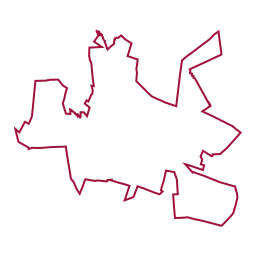 Zumpango, México, Mexico (orthographic projection)
{"feature_id": "50627088B21767491225911", "entity_name": "Zumpango", "entity_type": "district", "adm_level": 2, "iso_a3": "MEX", "parent_name": "Mexico", "parent_adm1": "México", "projection": "orthographic", "projection_center": [-99.071, 19.813], "detail": "fine", "context": "isolated", "style": "outline", "palette": "rose", "viewbox_px": 256, "rotation_deg": 0, "n_neighbors": 0, "source": "geoboundaries", "source_scale": "gbopen_adm2", "svg_char_len": 5591}
<svg xmlns="http://www.w3.org/2000/svg" viewBox="0 0 256 256"><path d="M221.4,54.5L221.4,53.5L220.6,47.6L220.3,45.7L219.8,41.9L218.5,31.5L214.5,34.2L214.3,34.3L213.6,35.0L209.8,39.1L206.9,41.3L201.5,45.3L200.4,46.2L199.2,47.1L196.7,49.0L192.9,51.9L192.6,52.1L191.7,52.8L190.6,53.6L187.7,55.7L186.5,56.6L185.3,57.6L184.1,58.5L183.1,59.5L182.1,60.4L182.1,60.5L181.9,60.7L181.8,61.5L181.5,63.6L181.2,65.8L181.0,67.8L180.5,71.0L180.2,72.9L180.1,73.9L180.1,74.0L179.7,76.9L179.7,77.3L176.2,106.2L174.7,105.7L172.1,104.8L170.2,104.2L169.3,103.9L168.0,103.4L166.6,102.9L165.3,102.6L164.9,102.3L164.3,102.0L163.7,101.8L162.9,101.4L162.1,101.1L161.2,100.6L160.2,100.2L159.0,99.7L157.7,99.1L155.9,98.3L155.8,98.2L151.9,96.5L150.8,95.5L150.0,94.7L149.8,94.5L149.4,94.2L148.1,93.0L142.3,87.1L142.2,87.0L140.4,85.2L139.3,84.2L138.0,82.8L136.3,81.2L136.5,78.6L136.8,74.6L136.9,73.5L136.9,72.4L136.7,71.0L136.5,69.6L136.5,69.1L136.4,68.8L137.1,64.1L137.2,63.2L137.7,59.5L132.9,57.9L130.2,56.9L129.3,56.6L127.6,56.1L131.5,43.4L126.7,40.3L125.5,39.5L125.3,39.4L121.1,35.4L120.5,36.0L119.9,36.5L119.4,36.7L118.9,37.3L118.6,37.7L118.0,37.9L117.6,37.9L117.0,37.8L116.5,37.7L116.3,37.8L115.8,38.1L115.3,38.4L115.0,38.3L114.9,38.4L114.9,39.1L115.0,39.4L114.9,39.4L114.3,39.7L114.2,40.2L114.2,41.1L114.2,42.3L114.0,42.9L114.1,43.6L112.7,45.1L111.9,45.4L107.5,49.5L104.8,42.0L105.0,41.1L104.5,40.7L104.1,40.3L104.0,40.1L103.2,39.0L102.9,37.1L102.3,36.6L102.2,36.3L102.2,36.2L102.0,35.3L102.0,35.1L100.9,35.2L101.5,34.4L101.0,33.9L99.9,34.7L98.9,33.7L99.4,33.4L99.5,32.3L98.7,31.4L97.3,32.2L97.0,31.7L96.6,31.1L96.3,30.3L96.2,30.2L98.1,34.6L98.6,35.5L94.0,41.5L101.8,47.0L89.4,47.6L89.1,56.0L89.2,56.3L89.4,57.3L89.7,58.3L90.0,60.7L91.1,62.0L91.6,66.1L92.1,72.1L92.3,73.5L92.4,75.4L93.8,86.1L91.5,85.7L91.8,87.1L91.9,87.3L92.5,89.3L92.7,91.1L92.2,94.1L91.3,94.6L88.4,101.5L87.7,101.1L86.7,100.3L84.8,103.6L89.6,107.5L87.0,116.2L83.8,112.3L80.6,112.2L80.6,116.9L80.2,117.4L79.1,116.0L79.1,116.6L78.7,116.2L78.1,115.3L77.8,115.7L77.7,115.6L77.6,115.8L77.3,114.8L77.2,114.6L77.0,114.9L76.3,114.2L75.0,113.1L75.3,113.9L75.3,114.0L75.2,113.9L75.1,113.6L74.9,113.2L73.6,112.0L73.0,111.7L72.7,111.3L72.1,111.2L72.0,110.8L71.8,110.8L71.1,109.9L70.2,109.4L70.4,114.0L65.9,113.6L62.8,103.3L64.4,98.4L65.1,94.5L67.0,88.1L62.9,85.5L58.2,79.6L50.1,79.8L47.6,80.3L47.3,80.2L46.3,80.6L35.4,80.9L32.8,107.9L32.8,108.4L32.6,109.8L32.4,111.5L32.4,112.2L32.2,113.7L31.9,116.5L28.8,123.8L25.0,121.8L19.3,132.4L15.4,129.0L15.8,131.1L18.5,141.9L28.8,147.7L28.7,149.1L29.0,149.0L32.2,147.8L33.8,147.8L35.2,147.9L36.8,148.0L40.7,147.9L44.0,147.7L46.4,147.5L49.9,147.2L50.1,147.2L53.4,147.0L56.3,146.9L58.8,146.8L60.4,146.8L64.7,146.6L65.8,146.5L66.5,151.1L67.7,159.0L70.1,173.4L70.8,178.0L70.9,178.8L71.3,179.2L73.8,182.3L75.4,186.2L76.4,188.6L79.5,193.5L79.7,193.8L83.0,185.7L84.5,181.2L85.4,179.2L86.6,179.5L87.7,179.7L88.8,179.9L89.6,180.0L90.2,180.2L91.3,180.3L93.4,180.6L94.6,180.9L94.9,180.8L95.3,180.9L95.8,180.8L96.3,180.7L96.7,180.6L97.1,180.5L97.4,180.5L97.9,180.5L98.5,180.6L99.1,180.6L100.6,180.7L101.5,180.9L102.2,181.0L102.9,181.0L104.8,181.2L105.4,181.3L106.2,181.3L106.9,181.3L107.2,181.3L107.5,180.0L111.5,179.7L111.2,180.4L115.0,181.6L116.2,181.9L117.5,182.3L119.4,182.9L120.6,183.2L123.0,183.8L123.9,184.1L125.3,184.5L126.8,185.0L129.5,185.9L129.1,187.0L127.8,190.9L127.5,191.8L124.7,200.3L129.7,198.5L130.4,198.2L131.0,198.0L131.7,197.7L132.7,197.3L133.1,197.2L133.6,196.7L133.7,196.3L134.3,195.0L136.0,190.4L136.5,189.1L137.4,186.6L137.5,186.3L141.0,187.5L142.5,188.0L143.6,188.4L144.3,188.6L146.2,189.4L148.2,190.2L151.1,191.3L153.0,192.1L154.7,192.7L158.8,194.0L159.6,194.3L162.6,191.4L160.9,190.3L162.5,184.6L163.5,181.5L164.3,178.3L165.4,173.2L165.9,170.6L174.3,172.1L176.8,179.3L177.8,194.2L173.1,194.5L173.5,199.3L173.6,201.2L173.8,203.7L174.6,214.1L175.1,218.0L181.4,217.8L182.1,217.7L183.5,217.6L183.9,217.6L184.5,217.5L185.2,217.5L186.3,217.4L186.7,217.4L187.6,217.3L188.1,217.4L189.0,217.7L196.3,219.6L196.8,219.5L204.7,221.4L215.5,224.2L221.6,225.8L228.6,218.6L233.2,213.4L234.3,209.6L234.2,209.4L234.3,209.1L234.5,208.9L234.9,207.6L235.5,205.3L236.6,201.0L237.2,198.9L237.2,198.2L237.4,197.8L237.2,194.7L237.0,193.6L236.8,192.8L236.5,191.8L236.1,190.0L235.8,190.0L235.2,186.5L232.8,185.9L222.7,183.0L219.5,182.1L217.3,181.2L216.4,180.8L211.8,179.0L210.5,178.5L209.0,177.8L204.5,176.0L193.0,172.0L192.5,172.5L192.3,172.2L191.5,171.3L189.0,168.4L188.1,167.5L187.4,166.6L185.1,164.1L185.5,164.2L185.8,164.2L186.2,164.4L191.4,166.1L198.5,168.5L202.9,170.0L203.3,168.3L203.7,167.0L204.2,165.3L200.9,164.4L201.5,162.1L202.2,159.5L200.9,157.0L200.9,156.8L200.8,156.6L200.6,156.4L201.0,155.5L201.4,154.6L202.2,152.8L203.0,150.8L205.4,152.3L208.2,154.1L209.4,154.8L210.0,155.2L212.0,156.2L212.3,156.1L212.8,155.0L212.7,154.4L220.3,154.0L221.1,153.4L221.2,153.2L221.5,152.9L221.6,152.6L222.1,152.3L222.4,152.0L222.5,151.8L222.7,151.6L223.0,151.5L225.9,148.9L228.1,146.7L236.9,136.9L237.2,136.5L239.4,134.1L240.0,133.3L240.6,132.6L240.5,132.4L235.8,129.0L234.5,127.9L234.4,127.8L233.2,126.9L233.2,126.5L232.4,126.1L231.5,125.6L230.5,125.2L225.5,122.7L223.7,121.7L221.4,120.6L221.2,120.5L217.8,118.8L215.6,117.7L212.9,116.3L210.4,115.1L202.3,111.4L202.2,111.3L208.4,107.4L208.5,107.3L208.5,107.0L210.5,106.1L210.4,105.2L209.4,103.5L209.3,104.3L200.2,87.9L200.0,87.6L199.1,86.0L198.5,85.0L198.2,84.2L194.8,78.2L193.4,77.8L193.6,76.0L191.7,75.5L192.0,73.6L190.0,73.1L190.2,71.2L190.4,70.2L189.8,69.3L204.4,62.5L210.4,59.7L211.7,59.0L217.2,56.5L219.4,55.5L221.4,54.5Z" fill="none" stroke="#9f1239" stroke-width="2"/></svg>